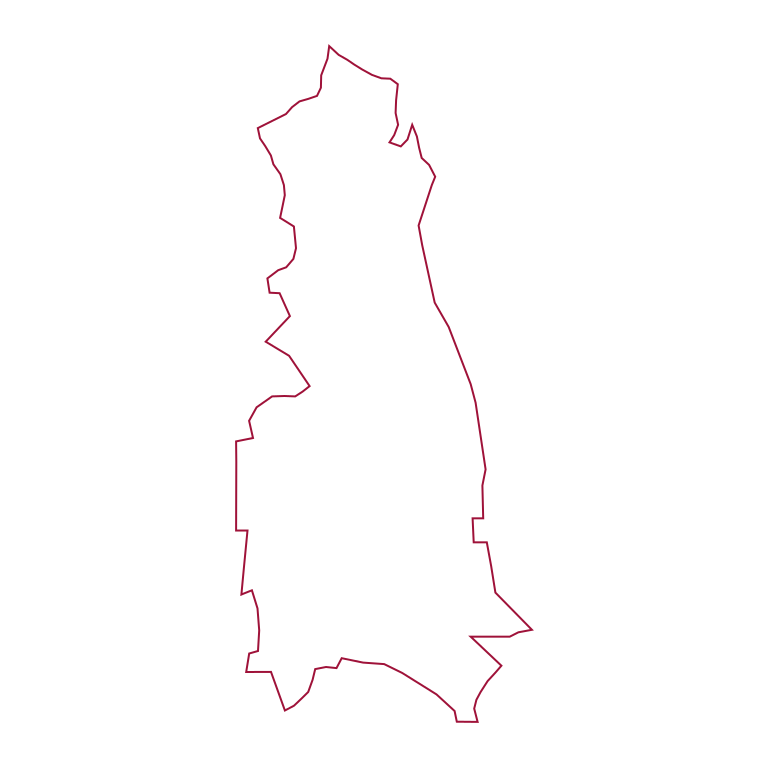 the district of Barra do Rio Azul, Rio Grande do Sul, Brazil
{"feature_id": "56859067B71186503980939", "entity_name": "Barra do Rio Azul", "entity_type": "district", "adm_level": 2, "iso_a3": "BRA", "parent_name": "Brazil", "parent_adm1": "Rio Grande do Sul", "projection": "albers", "projection_center": [-52.41, -27.39], "detail": "fine", "context": "isolated", "style": "outline", "palette": "rose", "viewbox_px": 768, "rotation_deg": 0, "n_neighbors": 0, "source": "geoboundaries", "source_scale": "gbopen_adm2", "svg_char_len": 1480}
<svg xmlns="http://www.w3.org/2000/svg" viewBox="0 0 768 768"><path d="M329.2,46.1L327.5,58.7L321.2,75.3L320.9,87.7L317.0,95.9L308.2,98.9L299.5,101.4L292.1,107.1L286.0,114.0L257.8,128.1L260.0,138.4L265.3,146.2L270.9,155.5L273.4,164.3L280.4,174.2L283.9,185.1L284.8,195.2L282.6,205.9L280.1,217.9L293.9,226.5L296.0,248.2L293.4,258.9L286.2,267.3L278.2,270.2L267.4,278.4L269.6,292.7L279.6,293.2L289.9,316.1L265.7,341.7L289.1,355.8L309.6,386.1L302.6,391.6L295.2,396.4L284.5,396.0L272.1,396.4L256.6,407.3L249.1,420.8L253.0,438.0L236.1,441.4L236.3,462.0L236.1,530.5L247.5,530.5L243.9,567.8L241.4,594.5L251.9,590.3L257.5,608.4L259.2,630.4L258.0,651.0L249.2,653.5L246.2,672.0L271.0,671.9L284.9,710.5L294.0,705.7L301.8,698.3L308.2,692.0L312.6,679.8L315.2,669.1L326.0,667.0L336.5,668.1L341.7,658.2L363.1,662.6L384.2,664.1L402.1,672.9L436.5,694.4L454.6,711.0L456.8,721.7L477.6,721.9L474.2,708.6L476.4,699.8L480.6,692.0L487.6,681.1L495.5,672.5L501.4,665.7L470.7,636.7L509.7,636.7L518.4,632.3L531.9,629.8L495.4,592.6L491.2,566.3L486.8,542.3L473.7,542.3L472.6,518.3L483.2,518.3L482.4,485.5L485.6,469.4L475.6,402.7L470.7,384.2L448.7,327.0L434.7,302.6L422.2,245.2L418.6,225.5L431.8,185.1L435.2,176.7L429.1,164.9L421.7,158.0L419.1,147.7L416.9,136.5L412.2,124.8L407.5,139.5L400.8,146.4L389.5,142.4L394.2,135.1L398.1,124.8L395.6,113.0L396.1,100.2L397.8,84.2L390.3,78.7L381.4,78.3L372.0,74.9L362.2,69.5L354.3,64.6L347.3,59.8L338.7,54.9L329.2,46.1Z" fill="none" stroke="#9f1239" stroke-width="2"/></svg>